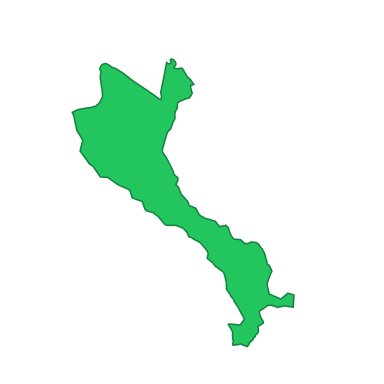 outline of Ayedade, Osun, Nigeria, rotated 133°
{"feature_id": "59680162B94327255764727", "entity_name": "Ayedade", "entity_type": "district", "adm_level": 2, "iso_a3": "NGA", "parent_name": "Nigeria", "parent_adm1": "Osun", "projection": "equal_earth", "projection_center": [4.304, 7.34], "detail": "fine", "context": "isolated", "style": "filled", "palette": "green", "viewbox_px": 384, "rotation_deg": 133, "n_neighbors": 0, "source": "geoboundaries", "source_scale": "gbopen_adm2", "svg_char_len": 3407}
<svg xmlns="http://www.w3.org/2000/svg" viewBox="0 0 384 384"><g transform="rotate(133 192 192)"><path d="M112.1,264.0L111.7,266.0L110.9,269.2L110.8,271.2L110.8,273.1L110.8,273.8L110.5,275.9L109.9,277.2L109.3,279.7L108.5,281.3L108.3,283.7L109.5,285.2L111.4,286.1L112.6,287.9L113.0,288.7L113.5,289.7L112.6,290.8L111.5,290.4L110.2,290.4L108.5,292.0L107.9,294.4L107.9,296.0L108.8,297.8L110.0,298.1L111.1,296.3L111.7,295.4L113.1,295.5L114.3,296.5L114.6,298.9L117.9,296.8L125.2,292.2L134.2,286.7L140.8,282.6L142.9,279.4L145.5,277.8L146.4,279.6L146.9,284.4L147.1,286.1L148.9,298.3L150.9,310.3L152.1,323.7L153.7,331.8L155.5,336.1L155.6,338.0L155.8,339.4L155.8,339.5L156.7,342.5L157.8,343.4L158.9,344.1L159.8,344.6L161.3,344.6L162.7,344.3L164.7,343.6L166.5,340.4L168.0,339.3L170.3,337.8L171.4,336.6L173.0,334.5L174.6,332.7L175.7,331.2L176.8,329.7L177.7,328.5L179.1,327.0L181.1,324.6L182.4,323.4L183.8,322.2L185.3,321.9L186.7,321.3L188.2,320.9L190.0,320.5L191.1,320.5L192.9,320.8L194.9,321.1L195.0,321.1L200.3,324.4L201.8,325.9L209.1,331.3L211.6,332.5L212.3,332.8L214.2,333.4L215.4,334.0L216.5,331.0L225.4,318.4L228.6,307.3L238.3,301.9L241.5,285.7L240.6,282.4L243.5,269.2L238.9,263.8L237.1,250.7L235.1,245.2L234.0,241.9L233.5,240.3L233.4,238.3L237.1,231.6L232.9,221.9L236.5,215.1L237.0,212.8L236.0,210.8L233.8,206.7L233.0,200.0L233.7,194.3L234.2,191.2L234.0,188.5L231.6,185.5L231.1,185.0L230.8,184.6L227.4,181.0L225.9,177.2L224.5,173.9L225.0,167.8L227.0,163.7L225.7,161.7L225.3,158.0L223.7,152.9L223.5,149.9L224.6,141.7L225.7,138.4L230.2,135.6L229.7,128.8L230.4,124.2L229.2,114.0L231.7,109.7L234.7,105.3L238.7,101.3L239.4,101.0L240.7,95.9L240.7,95.3L241.0,93.9L241.9,92.1L242.0,88.9L243.3,86.6L244.5,80.9L245.1,78.7L246.0,76.7L249.1,67.0L251.0,66.7L256.5,66.1L262.2,73.8L264.0,75.2L266.6,66.9L269.0,64.9L270.6,63.0L271.7,62.4L272.2,61.1L273.3,59.7L275.1,58.8L276.1,58.0L275.9,57.4L275.7,57.1L274.9,56.4L274.7,56.2L274.4,56.1L273.9,55.8L273.7,55.6L273.2,54.9L272.8,54.5L272.4,54.3L272.1,54.1L271.2,53.8L270.5,53.4L269.7,52.3L269.1,50.4L268.3,48.3L267.7,46.5L267.3,46.1L266.8,46.3L264.9,46.3L263.6,46.9L263.1,47.1L259.1,46.6L257.3,47.2L256.6,47.4L255.1,47.1L254.3,47.4L253.6,47.8L253.1,47.9L252.7,47.9L251.5,47.6L250.7,47.7L249.8,48.0L249.4,47.9L247.3,49.5L245.7,52.0L239.5,50.5L238.4,51.1L236.9,55.8L235.0,59.6L233.1,61.5L229.3,60.4L227.7,60.1L223.3,59.2L220.6,56.6L218.0,50.8L212.0,46.4L207.5,39.8L207.2,39.4L198.0,47.0L197.8,47.3L200.6,52.9L209.7,54.0L213.9,65.9L208.3,74.4L198.7,78.6L195.5,79.4L193.9,82.8L193.0,85.6L193.6,87.4L191.0,91.1L190.3,92.4L188.2,95.6L187.8,96.5L187.1,98.0L186.6,99.2L185.8,101.7L185.5,104.7L184.7,107.8L185.3,110.9L188.3,114.8L191.7,115.9L193.7,118.5L193.7,123.9L198.0,129.4L197.4,133.1L195.7,137.0L193.3,141.2L193.2,144.5L198.6,148.3L197.5,154.8L198.3,156.7L199.6,159.3L201.1,162.4L202.1,163.9L203.2,168.2L203.7,171.1L201.3,178.3L203.9,185.0L201.8,188.5L201.4,193.3L201.0,198.5L197.7,205.3L197.4,208.9L193.5,210.1L191.2,212.1L191.5,216.7L190.1,219.2L190.0,219.3L188.6,222.6L187.2,226.3L185.3,231.5L184.0,235.3L183.4,238.6L183.0,240.7L180.8,242.9L176.8,244.8L173.5,246.6L169.0,248.9L164.6,250.8L160.4,250.6L158.0,251.6L154.1,253.4L149.8,254.6L147.2,257.2L145.0,258.9L140.7,259.9L138.6,261.9L136.7,263.3L134.9,263.0L132.5,262.0L129.9,260.9L127.4,259.7L125.0,258.1L122.4,258.4L119.6,259.2L117.0,263.5L115.2,265.6L112.1,264.0Z" fill="#22c55e" stroke="#15803d" stroke-width="1.5"/></g></svg>